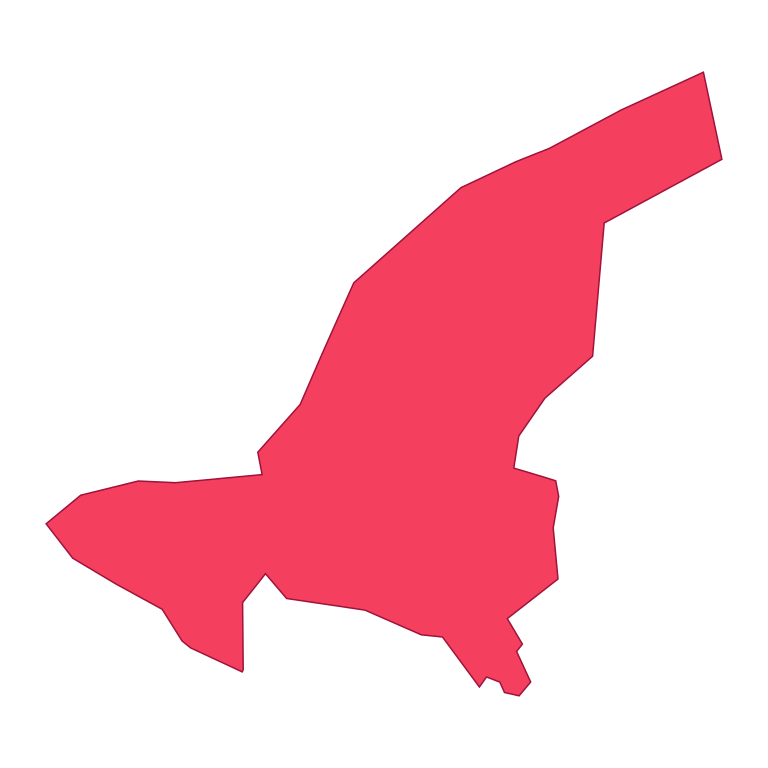 Marte, Borno, Nigeria
{"feature_id": "59680162B30227281044650", "entity_name": "Marte", "entity_type": "district", "adm_level": 2, "iso_a3": "NGA", "parent_name": "Nigeria", "parent_adm1": "Borno", "projection": "albers", "projection_center": [13.832, 12.441], "detail": "fine", "context": "isolated", "style": "filled", "palette": "rose", "viewbox_px": 768, "rotation_deg": 0, "n_neighbors": 0, "source": "geoboundaries", "source_scale": "gbopen_adm2", "svg_char_len": 752}
<svg xmlns="http://www.w3.org/2000/svg" viewBox="0 0 768 768"><path d="M522.4,644.1L512.1,626.7L507.3,618.6L558.0,579.0L553.2,527.9L558.7,496.4L555.7,480.8L542.9,476.8L513.8,468.1L518.8,436.0L544.9,398.2L592.6,356.2L604.2,223.0L721.9,159.3L703.4,72.2L621.1,110.0L549.1,148.5L536.1,153.6L515.9,161.7L461.0,187.6L353.8,282.8L338.5,317.0L321.9,354.3L300.2,404.4L257.8,452.2L262.1,474.6L175.5,482.7L138.3,481.0L80.7,495.2L46.1,523.8L72.7,558.2L115.6,583.8L162.2,609.3L182.1,641.0L190.6,647.9L242.2,671.9L243.2,669.8L242.6,602.6L265.5,573.7L286.6,598.5L364.9,610.1L400.7,625.8L421.2,634.8L442.5,637.0L479.4,687.0L486.5,677.0L499.8,682.1L504.5,692.5L519.1,695.8L530.7,682.0L516.6,651.5L522.4,644.1Z" fill="#f43f5e" stroke="#9f1239" stroke-width="1.5"/></svg>